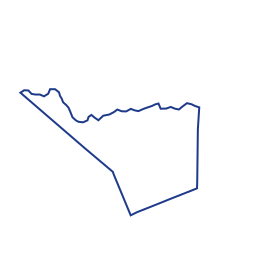 Jaramataia, Alagoas, Brazil (Robinson projection), rotated 237°
{"feature_id": "56859067B61985123547566", "entity_name": "Jaramataia", "entity_type": "district", "adm_level": 2, "iso_a3": "BRA", "parent_name": "Brazil", "parent_adm1": "Alagoas", "projection": "robinson", "projection_center": [-36.959, -9.661], "detail": "fine", "context": "isolated", "style": "outline", "palette": "blue", "viewbox_px": 256, "rotation_deg": 237, "n_neighbors": 0, "source": "geoboundaries", "source_scale": "gbopen_adm2", "svg_char_len": 862}
<svg xmlns="http://www.w3.org/2000/svg" viewBox="0 0 256 256"><g transform="rotate(237 128 128)"><path d="M106.5,199.0L109.8,196.3L113.2,194.3L116.7,191.0L116.4,185.9L115.8,180.8L118.5,178.0L122.4,175.3L123.5,170.6L126.4,165.9L131.9,166.9L133.0,163.6L133.4,160.2L134.4,156.3L135.5,151.9L136.5,145.9L139.5,142.9L142.5,140.8L142.9,135.5L145.5,131.8L149.3,129.1L149.0,124.7L149.5,119.7L151.8,113.9L150.6,107.4L154.8,105.7L158.9,104.4L158.8,101.0L156.5,98.2L157.2,93.5L160.1,89.9L162.9,88.4L167.3,87.3L173.3,88.5L177.4,89.2L180.9,88.7L184.9,87.6L188.8,88.4L192.1,88.5L195.5,89.6L200.2,88.0L203.0,83.8L200.2,79.8L200.3,74.8L204.1,72.3L206.5,68.6L209.1,65.7L213.7,64.9L216.2,61.5L216.2,57.0L134.1,80.9L99.5,91.4L96.6,90.7L53.3,82.7L52.5,89.6L45.4,125.3L43.3,135.6L39.8,153.0L44.8,156.5L88.9,185.9L106.5,199.0Z" fill="none" stroke="#1e3a8a" stroke-width="2"/></g></svg>